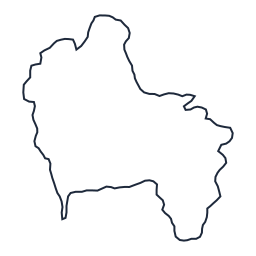 the district of Funilândia, Minas Gerais, Brazil
{"feature_id": "56859067B22381127765389", "entity_name": "Funilândia", "entity_type": "district", "adm_level": 2, "iso_a3": "BRA", "parent_name": "Brazil", "parent_adm1": "Minas Gerais", "projection": "robinson", "projection_center": [-44.069, -19.36], "detail": "fine", "context": "isolated", "style": "outline", "palette": "slate", "viewbox_px": 256, "rotation_deg": 0, "n_neighbors": 0, "source": "geoboundaries", "source_scale": "gbopen_adm2", "svg_char_len": 2176}
<svg xmlns="http://www.w3.org/2000/svg" viewBox="0 0 256 256"><path d="M194.7,96.2L190.1,94.8L186.5,94.6L182.3,96.2L178.2,94.6L173.6,93.5L168.7,93.2L164.0,94.4L159.5,96.0L154.6,94.0L149.3,93.9L144.1,92.4L140.3,89.0L138.6,85.8L136.6,82.1L134.9,78.3L134.4,74.6L132.5,70.8L132.0,65.6L129.2,60.9L127.3,56.9L126.0,53.4L124.4,49.6L124.1,44.6L125.9,41.3L128.8,38.1L129.7,33.0L128.1,28.1L124.6,24.8L120.7,20.5L115.7,19.6L112.7,17.3L109.2,15.8L105.5,15.5L99.6,15.4L94.8,16.9L93.4,20.5L91.4,23.4L89.6,28.2L88.2,32.3L87.7,36.9L84.7,41.4L81.2,46.0L76.4,49.6L74.9,43.8L73.0,39.6L68.9,39.1L64.9,38.9L61.0,39.7L56.8,40.9L54.0,43.3L49.8,47.8L44.4,50.4L40.3,53.2L41.4,57.5L40.3,63.7L35.4,64.5L31.4,65.7L30.2,70.6L30.2,77.4L26.6,81.3L23.8,84.7L23.3,92.4L24.1,99.0L29.1,101.6L33.9,102.0L34.9,106.1L33.9,110.9L32.5,115.0L33.4,119.8L35.5,124.4L37.2,128.5L37.3,132.3L35.8,135.9L34.4,141.2L35.5,146.2L38.6,148.2L40.8,151.7L43.3,154.9L45.1,158.3L48.6,159.1L50.4,163.6L50.0,169.8L51.3,174.1L52.3,177.9L54.2,183.4L55.8,188.5L57.4,193.0L59.7,196.4L61.6,201.4L62.5,207.1L61.7,212.5L62.3,219.2L65.5,217.9L66.5,212.5L66.5,205.9L67.4,200.6L68.1,196.4L70.6,193.0L75.6,191.8L81.9,191.8L86.6,190.4L92.1,190.4L97.5,190.6L101.5,188.8L106.4,186.6L111.1,187.1L114.6,188.4L119.6,187.4L125.0,186.9L129.3,187.0L132.7,185.7L136.2,184.4L140.4,182.9L145.0,180.7L149.5,180.3L153.4,181.3L157.0,184.4L156.6,189.8L156.6,194.6L159.8,197.6L162.8,200.3L164.1,204.7L162.3,209.7L165.1,213.1L168.8,216.0L171.0,218.8L172.0,222.8L174.4,226.3L174.4,230.9L175.7,236.6L179.8,240.0L183.9,240.6L187.3,240.2L191.4,238.8L196.2,238.8L200.0,236.8L201.9,232.7L202.1,228.7L202.9,225.0L205.2,221.9L206.8,217.2L207.3,212.7L207.3,208.5L210.3,206.1L213.3,203.3L216.7,200.3L220.4,196.4L219.2,191.5L217.8,186.3L215.2,181.3L215.5,176.9L217.6,172.7L219.8,169.8L223.2,166.6L226.2,162.8L225.4,158.1L222.8,154.8L218.2,151.1L221.3,144.8L226.2,143.6L229.5,141.3L232.0,137.9L232.7,133.1L230.2,127.8L224.8,127.0L220.4,126.1L216.9,125.1L214.0,122.8L210.1,119.2L205.7,118.5L207.1,113.7L205.9,109.5L201.7,107.5L197.4,106.7L194.0,107.5L190.5,109.5L185.6,109.9L183.9,106.3L187.9,103.3L191.4,100.9L194.7,96.2Z" fill="none" stroke="#1e293b" stroke-width="2"/></svg>